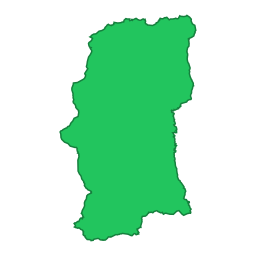 Arefu, Arges, Romania (Robinson projection)
{"feature_id": "2599482B67158814098858", "entity_name": "Arefu", "entity_type": "district", "adm_level": 2, "iso_a3": "ROU", "parent_name": "Romania", "parent_adm1": "Arges", "projection": "robinson", "projection_center": [24.656, 45.456], "detail": "fine", "context": "isolated", "style": "filled", "palette": "green", "viewbox_px": 256, "rotation_deg": 0, "n_neighbors": 0, "source": "geoboundaries", "source_scale": "gbopen_adm2", "svg_char_len": 5795}
<svg xmlns="http://www.w3.org/2000/svg" viewBox="0 0 256 256"><path d="M105.4,240.0L107.6,238.1L107.8,237.5L108.7,236.8L110.2,237.1L110.8,236.6L111.2,236.9L115.8,234.6L117.6,234.8L118.4,234.4L119.3,234.4L119.9,233.9L121.7,233.8L122.3,233.4L128.1,234.2L130.9,235.5L132.0,235.7L134.2,233.6L135.2,233.7L136.1,234.7L138.4,234.0L138.0,233.6L138.5,233.3L138.2,232.8L138.8,232.5L136.8,229.3L137.3,229.6L137.1,229.0L137.3,228.8L137.9,229.0L139.8,227.4L140.9,227.4L140.7,226.0L142.0,221.5L141.8,220.6L142.0,219.7L141.5,218.7L142.3,216.4L145.4,216.1L146.8,215.1L147.9,213.5L148.5,213.2L148.7,212.3L149.8,212.5L151.1,212.2L151.9,212.3L152.4,212.7L153.1,212.6L154.1,211.5L156.7,210.7L157.6,211.1L157.8,211.5L161.0,212.9L162.4,212.4L163.0,213.7L163.5,214.2L164.8,213.4L165.8,213.2L169.8,214.2L173.4,214.3L176.7,211.2L178.9,210.6L182.1,214.2L183.7,215.3L187.1,213.7L189.7,213.1L190.4,213.2L190.4,212.8L190.7,212.6L190.7,211.9L190.2,211.2L190.1,210.5L191.0,209.4L191.0,209.0L189.9,207.7L189.6,206.0L188.7,205.3L188.8,204.4L188.2,203.5L189.3,202.6L189.2,201.8L188.7,201.6L188.4,202.1L187.7,202.1L187.6,201.6L186.3,199.6L184.7,199.4L183.7,198.5L184.2,197.1L184.2,196.2L184.6,195.8L185.0,194.4L185.0,192.7L185.7,191.4L185.4,190.1L185.0,189.5L185.0,188.9L183.5,188.0L184.1,187.1L184.0,186.8L181.2,182.7L180.3,181.9L180.0,180.7L178.6,179.9L177.4,176.7L177.6,174.9L177.1,173.3L176.7,170.6L176.7,168.5L176.0,167.5L175.4,165.6L175.1,162.2L174.7,161.7L174.9,161.0L174.4,160.2L175.0,159.3L174.8,158.0L174.1,156.8L174.3,155.1L174.0,154.5L174.2,153.7L174.0,152.7L175.6,151.9L175.8,150.9L174.3,150.5L174.0,150.0L175.0,149.3L174.5,148.6L175.5,148.1L175.6,146.6L176.6,145.6L176.4,145.4L175.3,145.6L174.8,145.2L175.0,144.5L175.7,144.2L175.9,143.6L174.8,143.0L174.6,142.5L175.0,141.6L174.6,140.3L174.9,139.2L174.5,137.9L173.4,136.8L173.5,136.5L174.6,136.3L174.8,135.6L173.8,134.8L173.4,133.5L172.8,132.8L173.9,132.7L174.7,132.1L175.6,132.7L176.6,132.6L176.5,130.8L175.9,130.3L176.6,129.9L176.8,129.4L176.5,127.9L176.1,126.9L174.7,126.1L173.8,124.8L175.2,124.0L175.3,123.6L174.7,121.8L174.0,121.1L174.5,120.0L174.5,119.3L173.9,119.0L173.7,117.0L173.2,116.4L173.1,116.0L173.6,115.1L173.4,114.3L174.1,114.0L174.1,113.4L172.4,112.3L171.9,112.4L171.6,112.0L171.7,110.9L171.4,110.4L171.6,110.2L173.5,110.9L173.9,110.5L174.1,109.6L174.7,110.0L175.6,109.9L176.0,109.5L178.3,108.7L178.0,107.9L179.6,107.6L179.8,106.7L180.7,106.4L180.9,106.0L180.3,105.2L181.2,103.5L186.2,102.1L186.7,101.9L187.5,100.5L189.3,99.6L190.8,99.5L191.2,99.1L191.3,98.4L190.5,96.1L190.7,94.6L191.5,93.0L191.6,90.5L192.4,88.7L192.8,86.7L193.0,86.1L193.6,85.8L193.2,84.6L193.3,83.5L193.0,82.6L192.0,81.0L192.0,80.2L191.5,79.8L190.2,76.8L189.3,73.5L189.7,71.6L189.2,70.1L189.7,69.6L190.1,68.0L188.6,63.3L187.9,62.6L187.3,60.1L187.2,58.0L187.5,56.8L187.3,56.4L187.7,55.2L187.6,53.7L187.0,52.6L187.1,51.9L186.8,51.6L187.6,47.6L188.9,46.2L189.1,43.2L188.8,41.9L188.9,41.5L188.6,40.9L188.8,40.1L188.6,39.8L189.0,39.6L188.5,38.7L191.7,37.3L193.8,35.9L194.5,33.4L195.1,32.8L195.0,31.5L195.8,30.4L194.8,25.3L193.4,24.6L192.3,23.7L191.1,20.9L191.3,19.2L189.6,17.2L186.9,15.4L186.2,16.1L184.0,16.6L180.6,16.3L179.8,15.8L178.5,18.2L177.9,18.7L177.1,18.8L175.7,18.2L174.9,18.6L172.8,19.0L170.5,19.0L169.2,19.8L166.8,17.3L165.5,17.8L165.1,17.6L164.4,17.8L162.9,18.8L161.4,18.7L160.2,18.3L159.7,19.1L159.8,19.6L159.2,19.9L159.4,20.3L158.9,20.6L158.8,21.0L158.3,21.1L158.2,21.7L157.5,22.5L156.3,22.7L156.2,23.4L155.6,24.0L152.7,25.5L147.5,25.0L146.8,24.2L145.8,23.8L145.2,22.8L145.6,21.2L145.0,19.3L144.2,19.8L143.5,19.0L142.9,19.0L140.8,20.2L139.7,20.3L137.6,19.5L136.5,18.5L135.6,18.5L133.5,19.6L132.1,19.5L132.4,20.0L132.3,20.4L131.4,20.1L129.7,20.7L129.5,20.4L129.7,19.0L127.2,19.0L125.9,18.6L124.1,20.2L123.7,21.9L122.0,22.1L121.2,22.6L119.4,22.9L117.5,23.0L114.3,22.4L114.4,22.7L113.7,23.3L114.0,23.8L113.5,24.5L111.5,25.5L111.2,25.1L110.4,25.4L109.1,24.9L108.3,24.3L107.0,25.2L106.6,26.0L105.0,27.5L104.8,28.6L104.0,29.3L102.0,30.5L99.0,31.2L96.3,33.6L95.7,33.9L93.7,34.1L91.3,35.5L91.1,36.3L90.0,36.9L92.5,38.3L91.7,40.2L90.7,41.3L89.0,42.5L88.5,43.6L89.0,45.8L89.6,47.1L91.1,47.6L90.3,48.5L91.7,50.5L91.7,51.9L90.2,54.8L88.6,57.0L87.4,61.4L86.9,64.9L86.4,66.4L86.6,67.1L87.8,68.7L84.8,73.4L85.0,74.3L85.6,74.8L85.4,76.5L84.8,77.9L83.7,79.1L77.5,82.5L73.4,83.0L73.2,84.7L71.9,88.0L71.9,90.0L73.1,93.8L72.9,95.2L73.2,96.2L73.1,97.8L73.8,99.7L73.1,101.4L73.4,101.9L73.3,102.7L75.1,104.5L75.8,106.5L75.7,107.1L76.4,108.3L78.6,110.6L78.5,111.4L78.8,112.1L78.1,116.5L74.1,118.3L72.8,121.0L70.6,123.4L70.5,124.3L69.1,126.3L68.1,126.4L67.3,127.1L66.9,127.9L65.9,128.1L63.0,129.6L62.4,130.4L60.9,130.9L60.2,131.7L60.2,132.4L60.8,133.9L61.0,137.5L61.8,139.4L64.5,142.1L68.1,143.6L70.2,146.1L75.1,147.5L76.3,147.4L77.2,148.5L77.0,149.3L77.3,151.2L77.8,151.6L78.1,152.5L77.6,153.0L78.4,153.5L78.9,154.1L78.8,155.4L79.0,156.7L77.9,160.1L78.1,171.1L79.4,173.9L80.7,175.5L81.3,176.8L81.7,178.8L83.8,181.6L83.8,182.6L84.7,183.7L84.4,185.6L85.6,187.3L85.8,187.9L87.3,188.9L87.6,189.6L90.7,191.0L91.4,191.7L91.4,192.3L90.9,192.1L90.9,192.6L91.2,193.1L87.9,194.6L86.8,195.9L86.3,199.2L85.1,200.8L84.4,202.9L84.6,205.8L84.0,207.4L82.3,210.5L81.7,212.9L81.3,213.3L82.6,214.8L82.6,215.5L83.5,217.1L82.5,217.3L82.4,218.0L82.6,218.4L82.2,218.9L81.0,218.0L80.2,218.6L78.7,221.6L77.5,221.5L76.0,222.9L74.8,222.9L74.1,223.5L75.1,224.9L75.4,225.6L75.1,226.6L74.5,227.0L75.7,227.6L76.4,227.5L77.0,228.0L78.0,228.2L78.7,227.8L79.8,228.3L80.6,229.3L82.5,230.1L83.1,231.0L83.0,231.3L83.6,231.9L83.1,232.7L83.2,233.5L83.5,234.0L83.1,234.7L84.0,235.6L85.1,236.1L84.9,236.4L85.3,237.4L87.2,239.5L89.7,239.6L91.2,240.3L91.2,240.6L93.2,240.3L93.7,239.4L94.1,239.2L98.0,238.4L98.9,238.7L100.2,239.8L102.5,240.1L102.8,239.9L103.1,240.2L105.4,240.0Z" fill="#22c55e" stroke="#15803d" stroke-width="1.5"/></svg>